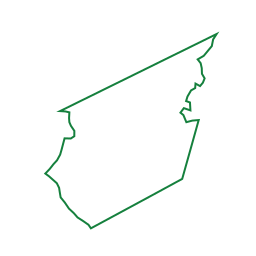 outline of Ruy Barbosa, Rio Grande do Norte, Brazil, rotated 277°
{"feature_id": "56859067B51255119987795", "entity_name": "Ruy Barbosa", "entity_type": "district", "adm_level": 2, "iso_a3": "BRA", "parent_name": "Brazil", "parent_adm1": "Rio Grande do Norte", "projection": "albers", "projection_center": [-35.934, -5.854], "detail": "fine", "context": "isolated", "style": "outline", "palette": "green", "viewbox_px": 256, "rotation_deg": 277, "n_neighbors": 0, "source": "geoboundaries", "source_scale": "gbopen_adm2", "svg_char_len": 792}
<svg xmlns="http://www.w3.org/2000/svg" viewBox="0 0 256 256"><g transform="rotate(277 128 128)"><path d="M232.1,204.5L136.5,58.5L136.8,63.9L136.4,67.9L130.6,68.3L126.6,69.1L123.2,71.1L118.6,75.1L113.3,75.7L110.6,72.5L110.0,66.3L98.3,64.7L93.3,63.9L87.3,61.5L83.1,58.5L77.8,55.3L72.7,51.5L70.5,55.4L64.5,64.1L60.2,66.9L55.6,68.2L50.9,69.6L46.4,74.3L40.8,79.2L36.8,84.7L33.1,88.8L30.0,95.2L27.1,100.6L23.9,103.4L62.6,157.9L84.1,188.0L112.8,192.4L144.5,197.2L143.2,191.0L140.9,185.2L147.6,181.4L149.6,178.2L154.5,181.0L153.1,187.8L160.9,186.4L161.8,182.4L166.5,183.2L173.0,186.0L175.8,189.8L180.3,189.6L178.4,194.4L182.1,196.8L186.6,198.0L190.8,194.8L196.4,193.9L201.2,192.2L204.6,188.8L208.9,194.4L219.5,201.2L226.3,201.7L232.1,204.5Z" fill="none" stroke="#15803d" stroke-width="2"/></g></svg>